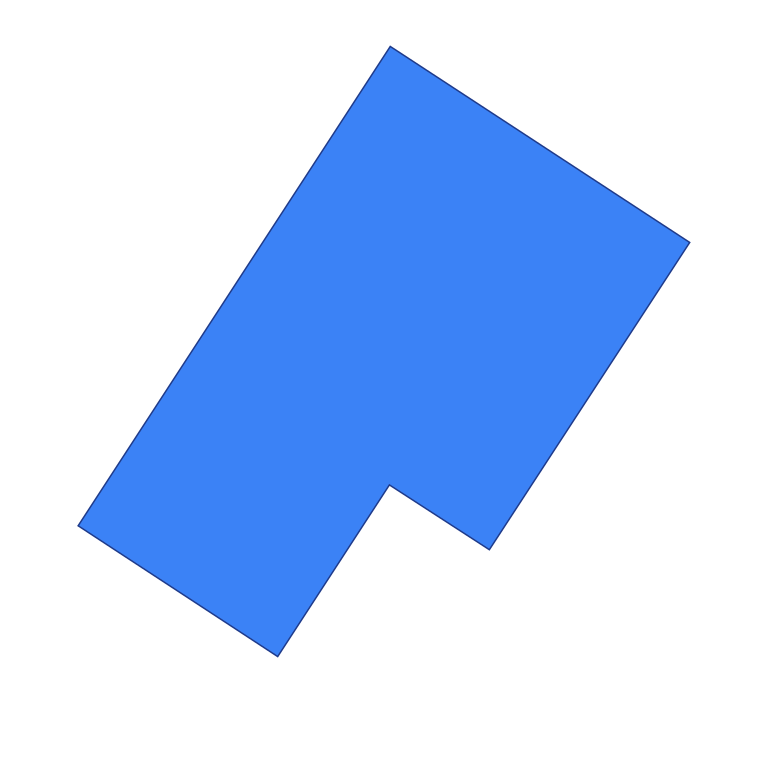 the district of Wayne, Nebraska, United States of America, rotated 123°
{"feature_id": "52423323B26030378600727", "entity_name": "Wayne", "entity_type": "district", "adm_level": 2, "iso_a3": "USA", "parent_name": "United States of America", "parent_adm1": "Nebraska", "projection": "equal_earth", "projection_center": [-97.053, 42.221], "detail": "fine", "context": "isolated", "style": "filled", "palette": "blue", "viewbox_px": 768, "rotation_deg": 123, "n_neighbors": 0, "source": "geoboundaries", "source_scale": "gbopen_adm2", "svg_char_len": 289}
<svg xmlns="http://www.w3.org/2000/svg" viewBox="0 0 768 768"><g transform="rotate(123 384 384)"><path d="M464.0,563.0L669.5,563.3L670.5,324.7L669.9,324.7L465.7,324.5L465.6,205.4L98.8,204.7L97.5,562.6L219.3,562.7L464.0,563.0Z" fill="#3b82f6" stroke="#1e3a8a" stroke-width="1.5"/></g></svg>